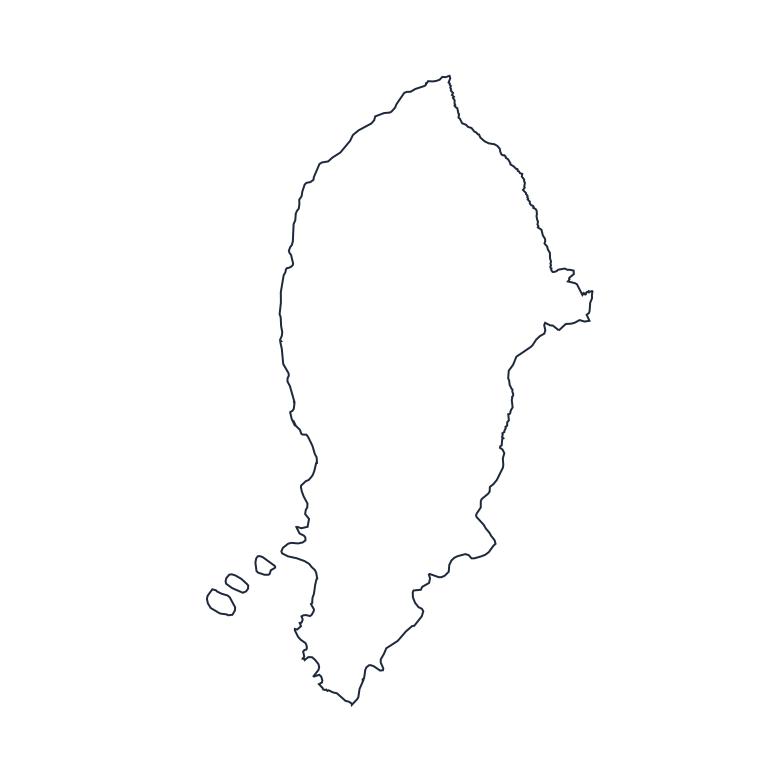 the district of Lombok Utara, Nusa Tenggara Barat, Indonesia, rotated 308°
{"feature_id": "22746128B90862663975631", "entity_name": "Lombok Utara", "entity_type": "district", "adm_level": 2, "iso_a3": "IDN", "parent_name": "Indonesia", "parent_adm1": "Nusa Tenggara Barat", "projection": "robinson", "projection_center": [116.286, -8.345], "detail": "fine", "context": "isolated", "style": "outline", "palette": "slate", "viewbox_px": 768, "rotation_deg": 308, "n_neighbors": 0, "source": "geoboundaries", "source_scale": "gbopen_adm2", "svg_char_len": 6169}
<svg xmlns="http://www.w3.org/2000/svg" viewBox="0 0 768 768"><g transform="rotate(308 384 384)"><path d="M478.6,473.9L487.0,471.5L503.4,476.8L505.8,477.2L512.8,476.6L517.8,477.4L522.4,479.3L525.7,478.0L529.0,474.0L531.4,473.3L532.5,478.8L534.0,481.1L533.9,487.7L534.6,488.9L543.2,490.3L546.9,494.5L549.6,496.5L554.8,498.8L556.7,503.6L560.3,507.0L563.3,501.1L566.3,501.8L568.2,501.0L574.9,496.5L579.7,495.1L582.2,493.0L585.3,491.3L585.3,490.7L583.5,489.5L583.3,488.4L582.2,488.9L581.8,487.4L580.4,487.1L579.6,487.6L579.1,486.6L578.4,487.3L577.7,486.0L578.0,485.3L576.3,485.5L581.4,474.6L581.0,472.3L578.0,465.8L580.6,465.8L581.2,464.8L582.1,464.7L587.5,465.9L590.1,463.6L588.3,459.9L586.9,458.3L586.3,455.4L581.3,450.9L579.1,450.5L576.7,448.8L576.1,447.8L576.6,446.1L576.9,445.4L578.2,444.8L578.0,443.8L578.6,442.9L580.3,442.6L581.5,440.9L583.2,440.4L585.3,437.4L589.4,434.1L590.9,430.3L592.8,427.9L593.5,424.0L596.0,423.0L597.6,421.4L598.8,417.8L602.5,413.1L602.1,408.8L603.4,408.5L604.2,406.7L606.8,405.4L607.4,404.0L610.3,400.7L611.8,400.1L614.7,397.4L615.2,395.6L614.7,393.1L615.8,392.8L616.1,391.5L615.5,390.1L616.0,387.8L617.5,386.6L617.9,383.6L618.8,383.5L619.4,381.9L620.3,381.7L620.8,380.9L621.1,379.0L621.9,378.4L622.5,374.0L625.4,374.0L626.0,372.9L629.3,371.2L630.1,369.4L631.4,368.6L632.3,364.9L634.7,363.6L633.9,361.4L634.6,359.2L634.3,358.1L635.5,356.9L634.9,355.6L635.3,352.5L634.9,348.3L635.7,347.8L637.5,343.5L637.2,340.6L638.2,339.8L638.3,337.9L637.5,337.2L637.2,335.2L638.7,332.5L640.6,330.5L641.4,326.9L640.9,323.4L638.1,318.3L637.2,313.8L637.5,308.2L639.1,305.3L638.5,304.2L639.0,301.6L638.5,299.9L639.6,295.3L638.3,291.9L638.8,289.3L637.6,285.0L639.8,280.4L639.8,278.7L642.9,277.0L642.9,276.2L646.5,271.9L646.2,270.2L646.8,268.2L647.7,268.4L648.3,267.1L651.1,264.9L651.9,262.2L653.3,262.4L653.6,259.6L655.8,259.3L656.4,256.0L657.8,255.1L658.3,253.7L660.1,253.1L660.3,251.5L661.3,250.8L661.3,249.3L665.7,248.0L667.2,245.9L663.7,243.6L661.9,240.9L658.0,240.5L655.0,238.6L652.3,236.0L649.8,232.3L647.5,232.5L646.9,231.9L645.8,232.8L643.9,232.5L635.7,227.0L630.6,225.0L628.3,222.2L625.9,220.7L611.9,221.6L608.8,222.6L603.2,222.2L601.5,221.5L597.5,217.2L589.4,212.3L585.8,213.9L581.4,213.6L568.5,207.9L561.1,206.2L554.7,207.6L539.5,207.1L530.5,203.9L525.1,203.0L520.2,198.6L517.6,197.7L503.7,201.4L501.5,202.7L497.8,201.7L494.7,199.0L492.3,198.7L485.3,201.2L481.2,203.5L477.1,203.7L473.5,206.7L469.5,208.9L466.9,208.8L463.9,209.6L458.4,213.3L454.4,214.3L440.2,224.4L436.8,225.8L434.2,225.8L430.4,227.0L429.0,229.1L428.5,231.3L422.8,238.4L421.4,238.9L419.2,238.6L416.7,237.3L415.8,236.3L414.2,236.1L411.0,237.6L408.1,237.9L392.9,246.1L384.6,252.7L374.8,258.7L373.0,261.5L366.3,267.3L362.1,272.0L359.1,273.8L354.6,275.0L354.4,276.3L354.0,275.8L353.1,276.6L348.8,281.8L337.7,292.3L333.7,302.2L331.9,303.9L329.3,304.4L326.6,306.3L324.4,311.2L314.7,324.5L314.3,324.2L313.3,325.6L308.8,328.2L306.6,328.4L304.0,327.4L299.7,332.7L297.2,337.6L298.4,337.0L296.8,340.2L296.1,346.0L293.9,349.4L294.0,350.9L296.3,354.1L295.5,356.9L291.2,365.7L286.3,372.5L284.7,376.1L280.5,379.8L279.9,379.2L273.3,382.3L268.9,383.8L266.0,384.0L261.9,383.7L259.3,382.2L252.9,381.2L251.5,382.1L248.8,385.3L245.9,390.0L242.7,397.3L239.5,399.5L236.6,399.9L233.0,401.9L231.5,408.0L224.4,411.7L219.4,407.6L218.0,403.6L217.3,403.0L214.2,409.5L215.2,414.1L214.7,416.5L212.4,418.4L209.1,417.5L205.6,414.6L201.7,408.7L199.2,406.8L192.6,405.2L188.9,406.2L187.8,408.0L189.1,414.5L193.0,422.6L195.5,430.3L196.2,435.7L195.2,439.8L194.9,443.8L193.7,446.5L189.5,451.3L188.6,451.0L183.6,453.3L175.6,457.9L171.3,459.4L167.1,462.3L165.6,461.9L163.3,467.5L161.7,468.5L157.7,469.1L155.6,468.6L153.9,464.8L152.2,463.0L150.1,462.0L148.8,464.4L147.6,465.3L145.1,465.9L143.8,464.7L142.1,467.7L137.1,466.8L136.2,464.6L135.1,465.2L131.9,471.9L131.2,475.6L131.5,481.7L130.3,483.9L128.5,485.8L126.9,486.3L125.5,485.1L123.4,485.0L120.1,489.0L117.5,489.0L118.2,490.5L117.6,491.4L122.2,492.5L124.4,495.5L124.2,499.5L122.9,504.8L121.0,507.2L118.4,508.4L110.4,508.4L110.4,509.0L115.0,512.0L114.8,514.6L112.5,517.9L110.6,518.9L107.4,517.5L106.6,523.0L105.8,524.0L106.6,525.9L107.6,526.6L107.3,528.4L108.6,529.0L109.6,533.8L111.3,537.3L110.6,548.7L112.0,551.9L112.3,555.1L111.3,556.2L119.3,556.9L121.4,556.6L128.6,552.5L137.9,550.1L137.7,549.3L138.3,549.0L139.6,549.5L140.5,549.1L147.1,545.3L149.8,544.6L153.0,545.3L154.2,546.5L155.3,549.7L155.8,557.4L157.8,559.4L159.4,558.6L162.5,552.9L165.0,551.0L171.3,550.1L177.2,548.5L190.1,553.0L202.5,553.6L210.6,555.2L212.1,556.7L224.2,556.8L229.1,554.9L230.2,552.2L229.4,548.6L230.7,543.2L233.7,538.1L237.6,534.9L239.5,534.4L244.5,539.7L247.7,539.0L255.0,542.0L259.2,539.9L261.5,536.7L262.4,536.9L265.5,546.1L267.0,548.1L270.3,549.9L275.9,550.6L281.5,546.9L286.4,545.8L290.1,546.3L293.5,547.9L300.0,552.8L301.3,556.1L300.5,560.3L302.2,562.5L308.3,566.9L311.9,569.0L316.2,570.1L323.9,569.8L326.7,570.3L329.0,567.3L330.3,561.9L331.7,558.6L332.8,553.3L334.4,549.4L336.2,538.8L337.0,537.6L338.8,536.8L346.2,536.3L351.3,532.4L353.4,531.8L361.6,533.6L364.2,533.5L368.1,530.8L372.5,531.9L377.8,532.0L391.3,529.2L393.6,527.9L398.6,523.4L403.6,521.4L405.3,517.8L405.1,514.6L406.7,514.0L408.1,514.5L413.5,511.0L414.7,511.5L414.9,509.6L417.0,508.9L418.0,507.6L420.2,508.4L421.2,507.7L424.2,507.1L425.0,506.1L426.9,506.7L429.8,504.6L432.2,504.8L436.7,500.5L437.6,501.4L438.6,501.4L441.5,500.1L444.7,499.8L450.1,494.5L451.8,493.8L452.5,492.9L454.4,492.9L455.8,491.8L457.0,489.8L458.7,488.7L458.8,487.4L460.8,483.4L463.6,480.7L465.0,478.3L471.3,474.1L478.6,473.9ZM108.8,406.6L113.7,406.0L116.3,404.3L120.9,393.9L121.1,391.1L118.8,385.3L117.7,380.0L118.0,378.6L116.5,375.1L108.5,375.4L105.6,376.8L102.7,380.3L100.8,385.3L102.2,396.1L105.6,401.9L105.6,403.2L106.3,404.1L108.8,406.6ZM138.9,402.9L141.6,401.1L142.0,399.2L142.6,391.3L141.6,384.6L140.3,381.2L138.4,379.4L133.8,379.3L130.9,380.7L129.4,382.6L129.7,390.1L132.6,401.3L135.7,403.0L138.9,402.9ZM173.4,409.8L172.9,395.0L171.9,392.0L170.5,390.6L167.8,390.7L164.1,392.6L158.1,398.7L157.8,400.8L160.1,407.3L162.7,410.5L163.9,410.8L167.6,409.5L171.9,411.2L172.9,410.9L173.4,409.8Z" fill="none" stroke="#1e293b" stroke-width="2"/></g></svg>